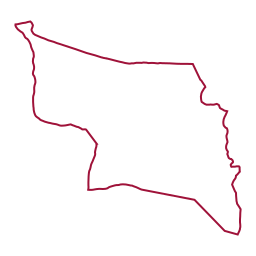 the district of Derriere Lagoon, Anse-la-Raye, Saint Lucia
{"feature_id": "8701671B36493357542675", "entity_name": "Derriere Lagoon", "entity_type": "district", "adm_level": 2, "iso_a3": "LCA", "parent_name": "Saint Lucia", "parent_adm1": "Anse-la-Raye", "projection": "mercator", "projection_center": [-61.02, 13.942], "detail": "fine", "context": "isolated", "style": "outline", "palette": "rose", "viewbox_px": 256, "rotation_deg": 0, "n_neighbors": 0, "source": "geoboundaries", "source_scale": "gbopen_adm2", "svg_char_len": 4115}
<svg xmlns="http://www.w3.org/2000/svg" viewBox="0 0 256 256"><path d="M224.7,230.9L237.7,234.5L238.5,232.7L239.2,231.3L239.9,229.4L240.0,228.3L240.3,227.1L240.3,225.7L240.2,224.0L240.0,222.4L240.0,219.5L240.2,216.3L240.3,212.8L240.5,210.7L240.6,209.2L239.2,206.9L237.1,203.7L236.9,202.5L236.5,201.0L236.4,199.4L236.1,195.8L236.0,192.9L235.6,192.2L234.9,191.1L234.1,189.3L232.1,184.6L232.9,182.3L233.9,180.3L234.8,179.2L235.6,177.9L235.9,176.7L236.0,175.6L236.8,175.0L238.4,173.3L239.0,172.4L239.8,171.7L239.7,171.0L239.6,168.8L239.6,167.2L239.0,166.4L238.2,166.3L236.7,166.3L235.4,166.6L234.0,166.7L232.5,166.7L231.4,166.8L231.0,166.1L230.7,164.8L231.5,163.6L232.1,163.1L232.9,162.4L233.0,161.4L232.4,160.1L231.2,159.0L230.4,159.0L229.7,158.6L228.8,158.0L228.5,157.4L227.9,155.6L227.3,154.0L227.7,152.9L227.9,151.8L227.7,151.3L226.7,149.8L226.1,148.1L226.1,146.6L226.3,145.3L226.8,143.9L227.5,142.2L227.4,141.1L227.1,139.8L226.6,137.9L226.4,135.9L226.9,134.3L227.4,133.1L227.6,131.6L227.5,130.2L227.1,128.8L226.8,128.2L225.6,127.7L224.9,126.9L223.8,125.6L223.4,123.8L223.3,122.0L223.7,119.3L224.7,116.7L225.4,115.5L226.6,112.8L227.2,111.2L226.5,111.0L225.0,110.8L224.0,110.4L222.6,109.5L221.0,108.7L220.0,108.0L219.6,107.1L219.0,105.3L218.7,104.9L216.8,103.9L215.6,104.2L213.7,104.7L212.6,104.7L210.3,104.5L209.4,104.7L207.6,104.7L206.5,104.7L204.6,103.9L202.9,102.7L201.7,101.9L201.4,100.9L201.1,99.3L200.9,96.6L201.4,93.5L202.0,92.0L204.2,88.3L205.3,87.2L205.1,86.3L204.2,84.9L202.6,82.5L201.3,80.5L200.3,79.7L192.8,64.0L188.4,63.9L185.8,63.9L181.7,63.9L179.3,63.8L178.3,63.8L175.8,63.7L172.3,63.5L168.9,63.3L167.6,63.3L163.3,63.2L162.6,63.2L159.9,63.0L159.6,63.1L159.2,63.1L158.1,63.4L156.8,63.3L154.1,63.0L151.6,62.9L148.5,63.1L146.6,62.7L144.7,62.6L143.5,62.5L142.5,62.7L141.4,62.9L140.5,62.8L138.1,62.8L136.3,62.8L135.4,63.0L133.2,63.4L131.9,63.3L130.7,63.5L129.8,63.6L129.0,63.6L127.0,63.3L125.1,63.0L122.4,62.3L119.5,61.7L115.2,60.6L110.6,59.4L107.7,58.7L106.7,58.4L106.6,58.5L105.2,58.2L103.0,57.8L102.6,57.6L101.5,57.4L95.0,55.3L86.6,53.0L75.7,49.2L59.5,43.9L56.9,43.1L53.9,41.9L48.4,40.3L44.3,38.5L41.3,37.5L36.9,35.6L35.2,34.9L33.4,33.6L31.8,31.0L31.5,29.9L31.5,29.7L31.8,28.7L32.5,27.0L32.9,25.2L31.6,22.7L30.3,21.5L27.8,22.0L25.5,22.7L22.4,23.1L17.6,24.2L16.8,24.3L15.5,24.4L15.4,25.2L15.7,26.2L16.0,26.9L17.8,29.3L20.4,31.4L22.5,32.7L23.0,33.4L23.9,34.8L25.0,37.1L25.9,38.1L27.3,38.9L28.3,40.1L29.4,41.9L29.5,42.1L30.6,44.5L31.1,46.9L31.7,48.5L32.6,50.6L33.4,52.2L33.6,53.8L33.8,55.5L33.8,56.8L33.1,58.8L32.9,61.6L33.1,62.6L33.1,63.1L33.2,63.3L33.6,64.4L33.8,65.2L34.1,66.7L34.1,67.9L34.0,69.0L33.8,69.8L33.3,71.1L33.1,72.0L33.0,72.9L32.9,73.7L33.2,74.8L34.2,76.2L34.5,76.9L34.8,77.9L35.1,79.1L35.3,80.1L35.4,81.5L35.4,82.6L35.1,83.8L34.6,85.2L34.4,86.4L34.2,87.4L34.2,88.6L34.2,90.0L34.3,90.9L34.2,92.6L33.8,94.3L33.5,95.3L33.4,95.6L33.3,95.8L33.1,97.4L33.1,99.8L33.1,102.0L33.2,103.5L33.3,105.1L33.4,106.7L33.6,107.9L33.7,109.9L34.1,111.8L34.3,112.7L35.1,114.9L35.9,116.2L37.1,117.2L39.3,118.7L39.7,119.3L41.1,120.2L43.0,120.9L44.6,121.6L46.3,122.1L47.7,122.5L48.8,122.8L49.6,122.9L50.9,123.2L52.5,123.6L54.2,123.9L56.1,124.2L57.5,124.6L59.6,125.4L61.1,125.7L63.4,125.6L65.5,125.4L68.1,124.9L69.4,124.6L70.8,124.4L71.6,124.8L72.8,125.3L74.3,125.8L75.2,126.2L76.8,126.8L78.0,127.0L78.8,127.3L79.6,127.8L80.3,128.1L81.0,128.5L81.3,128.7L82.3,129.4L83.8,129.4L85.1,129.3L86.1,129.6L96.8,143.9L96.4,144.0L96.5,145.3L96.3,146.8L95.8,148.3L95.3,150.5L95.1,151.6L95.0,152.4L95.2,153.9L95.1,154.9L94.7,156.1L93.5,159.0L92.6,161.3L91.5,163.6L91.0,165.0L90.5,167.5L90.0,169.4L89.4,170.6L89.0,172.2L88.8,174.0L88.6,176.4L88.5,179.4L88.4,182.2L88.4,185.3L88.5,187.0L88.4,188.8L88.2,189.3L88.2,189.8L90.6,189.9L92.7,189.8L94.8,189.4L96.6,189.1L98.7,188.9L100.6,188.9L102.9,189.0L105.6,188.8L107.4,188.3L109.2,187.1L111.3,186.4L114.8,185.4L116.4,185.1L118.8,185.0L120.4,184.5L122.7,184.3L125.9,184.5L128.5,185.0L130.7,185.5L132.1,185.6L133.0,186.0L133.6,186.3L134.1,186.4L134.5,186.6L136.0,187.1L137.8,187.9L140.3,189.1L141.7,189.6L194.5,199.8L224.7,230.9Z" fill="none" stroke="#9f1239" stroke-width="2"/></svg>